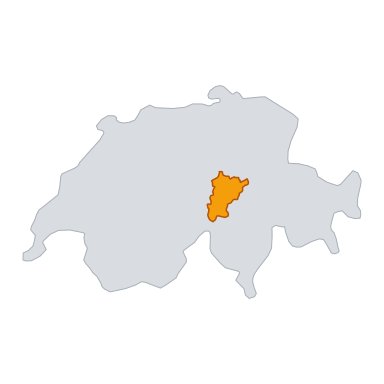 Switzerland, with Uri highlighted
{"feature_id": "CHE-175", "entity_name": "Uri", "entity_type": "Canton", "adm_level": 1, "iso_a3": "CHE", "parent_name": "Switzerland", "parent_adm1": "", "projection": "orthographic", "projection_center": [8.637, 46.761], "detail": "fine", "context": "in_parent", "style": "filled", "palette": "amber", "viewbox_px": 384, "rotation_deg": 0, "n_neighbors": 0, "source": "natural_earth", "source_scale": "10m", "svg_char_len": 4585}
<svg xmlns="http://www.w3.org/2000/svg" viewBox="0 0 384 384"><path d="M290.6,112.7L292.9,114.1L298.2,118.9L297.1,127.1L291.2,140.4L288.1,151.2L287.8,159.4L288.5,163.3L289.6,163.2L295.4,163.7L298.3,163.7L307.7,165.8L315.2,168.9L316.7,172.4L317.8,176.5L326.8,182.1L337.1,185.6L340.5,184.4L352.9,170.7L357.8,172.8L361.0,179.9L360.9,183.7L357.7,198.0L357.3,205.6L360.4,210.6L360.8,214.5L360.0,218.2L355.0,218.6L348.1,216.8L342.2,210.8L337.9,211.6L334.1,213.2L332.3,219.1L330.7,226.1L331.3,229.9L334.1,232.8L336.3,239.1L338.0,247.3L339.2,251.0L337.9,252.7L334.3,253.9L331.3,252.9L325.9,243.2L323.4,239.5L319.3,238.9L312.0,241.4L300.9,247.0L296.3,247.1L292.5,246.0L288.8,241.4L285.7,232.4L284.6,226.8L282.5,227.0L275.3,225.4L272.0,227.7L272.1,236.9L271.5,248.3L268.0,255.7L258.0,268.6L254.3,274.2L252.9,278.2L252.6,281.7L254.2,287.7L256.3,293.4L254.5,296.7L249.2,298.4L245.4,295.0L244.0,288.8L235.8,280.3L239.5,273.2L238.8,271.4L225.4,267.8L219.6,262.4L211.5,253.0L210.0,248.9L210.4,235.8L210.0,232.6L208.9,231.1L205.0,231.1L199.5,235.7L194.5,242.5L184.1,250.1L183.0,251.7L186.4,259.2L186.3,262.1L177.8,274.0L176.1,277.9L165.4,285.3L160.4,288.1L145.6,282.4L141.5,281.7L134.9,285.3L125.4,288.6L110.2,291.9L104.7,289.2L102.1,286.7L100.8,283.1L97.1,276.6L92.9,272.8L90.1,268.6L86.2,264.0L83.7,260.1L87.4,248.2L85.0,243.9L83.9,237.8L84.7,233.7L83.3,232.7L69.8,230.0L58.5,230.4L50.4,234.2L43.6,240.7L42.7,242.1L43.1,243.3L46.2,249.6L40.4,255.9L31.7,260.7L25.7,261.0L23.0,259.9L23.2,253.0L28.2,250.6L32.9,246.2L34.6,239.9L35.3,235.4L30.7,229.8L31.4,226.5L34.6,220.3L36.5,214.8L38.9,210.1L48.5,202.5L58.1,194.8L59.8,186.5L60.8,176.3L62.2,173.8L74.9,168.0L78.1,165.7L79.8,162.3L89.9,151.0L99.9,139.9L102.0,136.1L103.7,133.9L103.7,132.0L102.5,130.6L97.9,129.5L96.4,125.9L101.6,119.5L108.0,115.7L114.1,115.8L116.5,117.6L116.3,119.8L118.9,122.1L123.5,123.0L129.3,122.3L135.0,119.9L138.6,114.2L140.7,109.9L149.7,105.1L155.7,107.7L172.6,108.5L185.0,107.3L192.7,103.9L202.2,104.0L208.7,105.9L209.8,105.6L211.6,105.2L213.3,103.4L219.3,102.2L220.2,100.6L219.9,99.1L218.8,98.3L211.4,99.1L208.6,97.9L207.9,95.1L210.2,90.4L215.7,86.5L220.3,85.6L223.7,86.6L231.8,93.8L233.7,94.0L234.9,92.7L236.6,92.0L239.4,93.4L242.5,97.9L243.1,98.6L261.2,96.9L265.3,96.9L277.7,104.7L290.6,112.7Z" fill="#d9dde1" stroke="#a8b0b8" stroke-width="1"/><path d="M221.6,171.6L221.9,171.7L222.3,172.0L222.4,172.4L222.7,173.9L223.0,174.9L223.5,175.3L224.0,175.5L224.6,175.7L226.2,176.3L226.8,176.3L228.5,176.2L228.8,176.4L229.0,176.7L229.4,177.9L229.9,178.7L230.4,178.9L230.9,178.7L231.7,178.0L232.4,177.7L232.9,177.5L233.8,177.0L234.3,176.9L234.7,177.1L235.2,177.5L235.9,177.6L238.0,177.5L238.6,177.7L238.8,178.2L238.7,178.6L238.8,179.2L239.0,179.5L239.4,180.0L239.9,180.1L240.1,180.4L240.1,181.6L240.3,182.2L240.6,182.4L240.9,182.3L241.4,181.8L243.3,181.0L243.6,180.9L247.0,178.9L248.0,180.7L248.1,181.1L248.3,181.7L248.4,182.4L248.3,183.5L248.0,184.1L247.5,184.5L245.9,185.2L245.6,185.2L245.3,185.2L245.1,185.3L244.9,185.5L244.6,185.8L242.6,187.3L242.5,188.0L242.6,188.5L242.6,190.6L241.8,191.7L241.0,192.2L240.5,192.7L240.0,192.9L239.4,193.1L239.2,193.3L239.2,194.6L239.1,195.5L238.5,196.4L237.9,197.4L237.8,197.7L237.8,197.8L237.8,198.8L237.6,199.2L237.3,199.4L236.2,199.6L235.9,199.6L234.8,199.2L233.4,199.7L232.7,200.5L231.0,202.7L230.2,203.2L229.5,203.3L228.2,203.9L227.7,204.3L227.5,204.8L227.5,205.1L227.5,205.4L227.5,205.8L227.4,206.4L226.8,207.7L226.3,209.4L226.2,210.0L226.3,210.6L226.5,211.0L226.7,211.4L227.0,211.6L227.3,211.7L227.6,212.0L227.8,212.3L228.2,213.6L228.4,214.5L228.1,216.0L225.0,217.4L218.4,215.9L217.5,215.9L217.0,216.1L216.7,216.3L216.5,216.6L216.0,218.3L215.7,219.0L215.5,219.6L213.0,221.7L210.0,220.0L208.9,218.3L208.1,216.3L207.9,215.6L207.8,214.9L207.9,214.4L208.4,212.6L208.7,211.5L208.8,210.1L208.9,209.2L208.8,208.7L208.6,208.4L208.0,208.1L207.7,206.7L207.4,205.8L207.4,204.5L207.8,204.1L208.2,204.0L209.5,204.3L210.1,204.4L210.6,204.2L210.9,203.8L211.0,203.3L211.1,202.7L211.1,202.2L211.0,201.8L210.9,201.3L210.9,200.7L210.8,200.3L210.3,199.4L210.1,198.7L210.0,197.7L210.1,197.2L210.8,195.7L213.2,194.9L213.3,194.4L213.4,193.9L213.3,193.3L213.2,192.9L213.2,192.7L212.8,192.4L212.6,191.9L212.9,191.3L213.1,190.5L213.5,189.1L213.9,188.3L214.5,187.7L214.7,187.4L214.8,187.1L214.8,186.9L214.6,186.7L214.4,186.5L213.8,186.3L213.5,186.2L212.8,186.2L212.4,184.0L212.6,183.2L212.5,182.5L212.3,182.1L211.7,181.2L211.8,180.9L211.9,180.6L213.2,179.8L217.0,177.8L217.9,177.0L218.2,176.7L218.4,176.2L219.4,173.0L219.6,172.4L219.4,171.7L221.6,171.6Z" fill="#f59e0b" stroke="#b45309" stroke-width="1.5"/></svg>